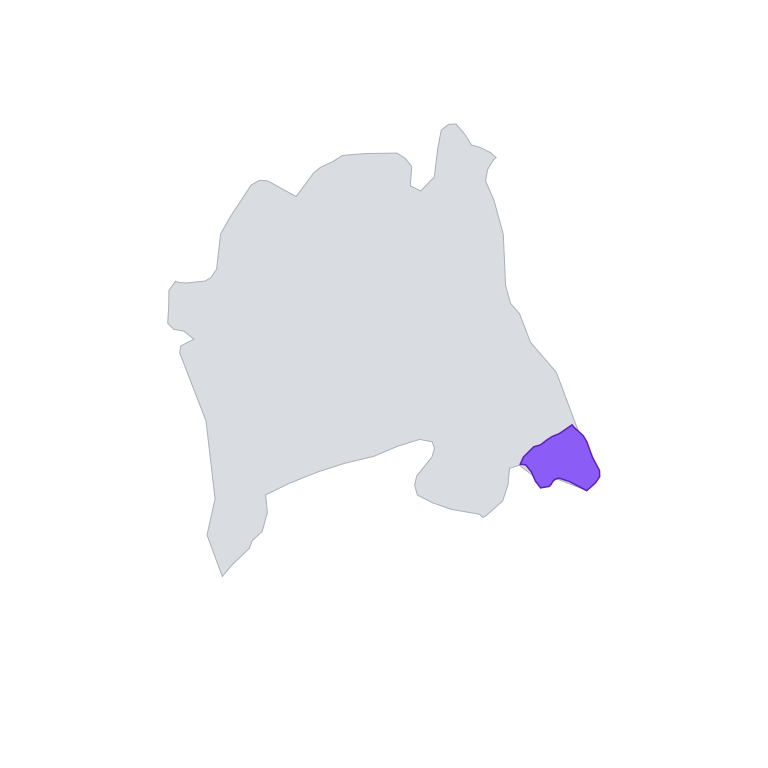 Rožaje on a map of Montenegro (Natural Earth projection), rotated 37°
{"feature_id": "MNE-1501", "entity_name": "Rožaje", "entity_type": "Municipality", "adm_level": 1, "iso_a3": "MNE", "parent_name": "Montenegro", "parent_adm1": "", "projection": "natural_earth1", "projection_center": [20.185, 42.858], "detail": "fine", "context": "in_parent", "style": "filled", "palette": "violet", "viewbox_px": 768, "rotation_deg": 37, "n_neighbors": 0, "source": "natural_earth", "source_scale": "10m", "svg_char_len": 1708}
<svg xmlns="http://www.w3.org/2000/svg" viewBox="0 0 768 768"><g transform="rotate(37 384 384)"><path d="M337.2,135.7L336.5,139.4L337.6,150.2L342.9,160.7L361.7,171.4L389.2,192.7L421.6,231.9L436.5,243.5L449.9,246.3L476.0,262.6L494.3,266.5L514.7,271.0L567.9,304.9L591.8,314.8L608.8,327.6L610.6,339.6L609.8,347.1L579.1,355.8L573.8,369.1L558.9,367.5L540.9,367.4L535.0,375.8L543.6,389.7L549.2,406.0L544.6,428.3L543.1,431.3L538.8,430.5L513.4,443.5L494.5,449.6L477.5,452.6L469.4,446.4L465.5,437.9L466.2,413.4L463.1,405.1L457.3,401.1L445.7,406.9L432.1,425.8L419.4,447.9L400.4,470.9L384.8,492.9L367.8,520.8L356.2,543.8L368.2,556.8L375.4,574.9L373.1,588.4L375.3,596.3L371.5,620.0L370.7,635.0L333.5,611.1L318.3,577.5L264.2,520.7L202.1,482.1L198.8,476.0L202.3,468.5L205.3,462.7L192.4,462.2L183.2,466.9L174.7,465.6L165.0,451.1L155.9,438.6L155.6,427.5L159.8,426.1L166.0,421.7L179.2,409.4L181.8,403.0L181.3,393.2L163.1,362.3L160.6,342.2L158.2,304.9L162.1,296.1L168.9,291.8L201.0,287.2L200.8,258.1L202.8,249.4L209.2,237.3L213.4,226.3L231.3,210.5L255.5,191.7L266.1,191.1L275.4,193.8L285.7,209.9L297.1,207.8L299.6,188.4L284.8,162.9L276.9,146.7L279.4,137.7L285.0,133.0L297.8,135.9L310.1,140.4L317.8,137.4L330.1,135.1L337.2,135.7Z" fill="#d9dde1" stroke="#a8b0b8" stroke-width="1"/><path d="M610.1,347.2L603.9,348.2L590.8,350.3L581.7,353.4L579.7,354.6L577.7,357.9L577.5,360.8L577.9,363.6L577.5,366.5L571.6,372.7L563.5,370.5L554.6,365.5L546.1,363.4L543.4,364.6L541.2,366.3L541.1,366.2L539.3,358.5L541.4,344.0L545.6,338.5L547.8,330.4L550.0,324.6L553.8,318.2L558.8,303.4L561.5,304.2L574.2,305.4L581.0,308.2L593.5,316.5L608.1,323.4L612.0,328.2L612.4,335.6L610.1,347.2Z" fill="#8b5cf6" stroke="#5b21b6" stroke-width="1.5"/></g></svg>